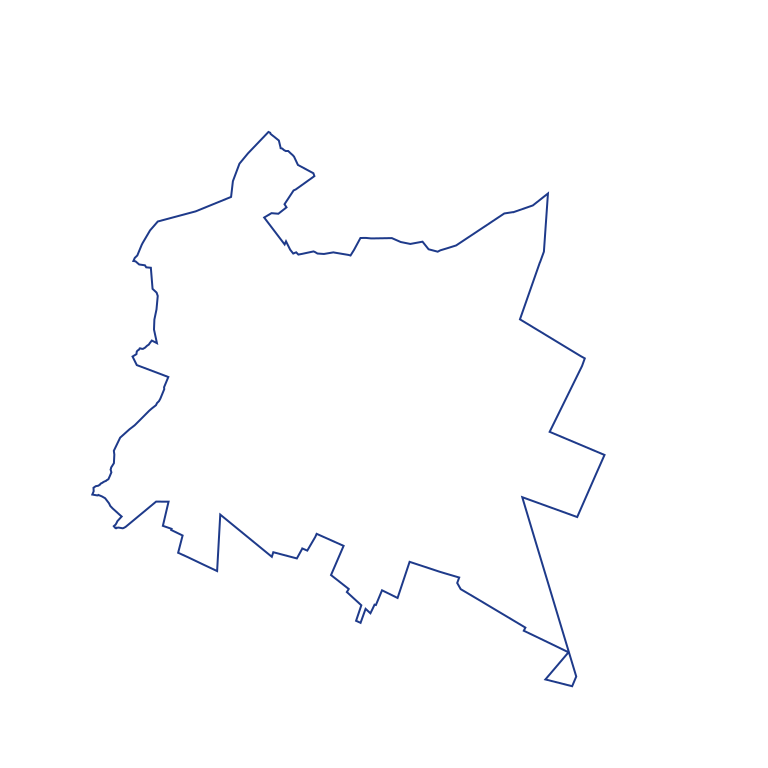 outline of Santa Elena, Yucatán, Mexico, rotated 199°
{"feature_id": "50627088B55923082942331", "entity_name": "Santa Elena", "entity_type": "district", "adm_level": 2, "iso_a3": "MEX", "parent_name": "Mexico", "parent_adm1": "Yucatán", "projection": "robinson", "projection_center": [-89.676, 20.255], "detail": "fine", "context": "isolated", "style": "outline", "palette": "blue", "viewbox_px": 768, "rotation_deg": 199, "n_neighbors": 0, "source": "geoboundaries", "source_scale": "gbopen_adm2", "svg_char_len": 2938}
<svg xmlns="http://www.w3.org/2000/svg" viewBox="0 0 768 768"><g transform="rotate(199 384 384)"><path d="M207.1,474.4L276.5,489.4L276.2,549.7L276.1,549.9L275.9,561.2L291.0,617.5L301.4,601.3L317.7,588.5L318.0,588.5L325.8,584.4L360.9,538.5L368.2,533.1L374.3,528.7L376.3,526.6L385.7,525.9L393.9,531.1L404.7,525.0L414.4,523.7L424.1,524.5L443.4,517.5L448.4,516.3L453.8,514.4L456.0,501.1L457.5,494.6L459.5,494.5L473.8,492.1L474.0,492.1L474.7,492.0L483.1,487.4L489.4,485.7L492.2,486.3L493.8,486.4L503.6,480.5L507.1,478.5L509.9,479.9L512.3,477.8L516.1,480.2L516.2,480.3L516.6,480.6L521.2,485.1L523.1,487.0L523.4,483.6L551.5,502.4L546.0,508.9L539.3,510.6L533.7,519.3L536.6,521.6L532.5,537.6L530.8,539.2L517.5,557.9L519.4,560.3L536.7,563.1L543.1,569.7L544.9,570.7L547.1,571.6L550.4,573.1L552.7,572.3L554.7,572.6L556.9,573.5L558.5,573.3L558.8,573.9L562.7,580.0L572.6,583.5L573.4,584.5L575.3,584.7L587.7,557.8L592.4,545.3L592.9,526.6L589.5,511.1L618.3,485.9L650.8,464.0L655.2,453.1L658.1,438.8L658.4,436.7L659.1,425.2L660.7,422.1L661.0,418.7L658.9,419.1L654.4,417.3L648.7,418.4L646.8,416.9L642.3,418.0L633.8,398.6L628.8,396.4L626.6,393.6L623.4,380.5L622.1,370.2L619.2,360.6L612.0,348.7L617.7,349.5L618.0,348.6L618.8,346.3L619.2,344.7L620.5,343.0L621.8,340.5L623.4,338.7L624.6,338.4L625.7,338.4L626.6,338.1L626.7,337.0L628.0,335.2L628.3,334.1L627.8,331.6L630.7,328.1L623.9,321.4L590.2,320.4L590.9,309.3L590.1,307.6L590.7,297.3L591.2,294.5L592.4,292.1L592.7,289.7L595.5,285.4L597.3,282.3L603.4,269.7L606.3,263.8L609.8,258.5L616.0,247.4L617.7,232.9L616.0,229.5L613.6,221.2L614.8,216.2L614.6,215.0L614.7,214.2L613.0,211.7L613.3,207.3L613.6,204.2L615.0,202.6L615.2,202.0L615.8,201.5L617.5,199.9L618.0,199.0L619.1,198.0L619.1,197.9L619.6,197.3L619.7,196.5L620.4,195.7L620.9,194.9L623.3,193.5L624.9,191.3L623.6,188.1L623.8,184.5L618.8,185.3L618.2,185.6L618.0,186.1L614.2,185.9L610.5,185.2L605.2,181.7L603.0,179.5L601.0,178.5L600.3,178.1L591.4,174.3L588.9,173.3L591.4,167.6L591.5,166.9L591.6,165.8L592.0,163.7L593.2,161.6L591.9,160.8L590.9,160.3L590.2,160.5L590.2,161.0L589.4,161.2L588.4,161.8L584.1,162.5L583.4,163.0L582.4,164.1L581.9,164.6L561.2,198.6L549.4,202.6L546.9,177.9L537.7,177.9L537.7,176.7L525.1,175.2L523.7,157.4L513.1,156.4L495.7,154.4L480.9,152.8L496.3,207.2L485.2,203.1L433.8,184.1L433.9,188.9L409.6,190.7L407.7,201.6L407.7,201.9L402.3,201.5L399.2,217.0L398.9,220.4L369.5,217.8L371.9,186.1L368.2,184.8L350.6,178.7L350.7,178.1L351.4,175.2L333.4,167.4L333.3,151.0L331.0,150.8L328.4,150.5L328.2,165.4L322.2,162.8L321.6,167.6L321.1,172.3L319.7,172.4L318.7,188.3L301.5,186.1L301.9,224.2L270.7,224.6L265.3,224.8L249.9,225.5L250.0,219.7L244.7,215.0L227.5,211.5L171.0,199.7L171.5,196.2L160.9,195.0L122.2,190.4L135.2,157.2L107.7,159.5L107.0,170.0L141.6,218.0L163.9,249.0L189.0,283.8L215.5,320.7L216.4,322.0L158.0,321.1L154.2,367.7L152.4,388.7L211.8,392.7L202.6,465.6L202.5,473.6L207.1,474.4Z" fill="none" stroke="#1e3a8a" stroke-width="2"/></g></svg>